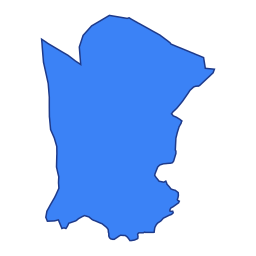 Bilqas, Ad Daqahliyah, Egypt
{"feature_id": "37247803B88078543557483", "entity_name": "Bilqas", "entity_type": "district", "adm_level": 2, "iso_a3": "EGY", "parent_name": "Egypt", "parent_adm1": "Ad Daqahliyah", "projection": "robinson", "projection_center": [31.411, 31.344], "detail": "fine", "context": "isolated", "style": "filled", "palette": "blue", "viewbox_px": 256, "rotation_deg": 0, "n_neighbors": 0, "source": "geoboundaries", "source_scale": "gbopen_adm2", "svg_char_len": 2755}
<svg xmlns="http://www.w3.org/2000/svg" viewBox="0 0 256 256"><path d="M129.1,17.8L127.3,18.4L127.2,18.4L109.4,15.4L91.6,25.9L83.1,35.4L79.3,47.0L80.7,64.5L75.4,61.0L68.0,55.3L62.3,52.0L51.9,45.8L47.8,43.4L45.9,42.0L41.6,39.2L42.0,43.3L42.3,47.9L43.5,62.4L43.6,62.7L46.4,75.3L48.2,83.5L49.3,97.2L49.3,97.8L49.3,106.7L49.4,116.7L49.6,118.5L50.6,129.6L54.3,138.0L56.8,146.6L56.8,147.4L56.9,154.0L56.8,155.5L56.5,167.0L58.0,173.6L58.8,176.9L58.6,180.0L58.5,183.1L58.6,183.9L58.9,188.2L55.8,195.1L54.4,197.9L53.0,200.3L50.5,204.6L49.2,207.0L46.9,211.2L45.8,217.3L47.4,221.2L54.3,220.9L54.5,220.8L55.7,220.6L58.1,219.9L58.4,219.9L61.9,228.5L63.2,228.0L64.5,228.0L65.9,228.5L66.3,228.0L67.5,226.0L68.8,223.2L70.4,222.7L75.6,220.9L76.5,220.4L77.3,219.7L78.6,218.6L81.5,217.0L82.0,216.7L84.5,215.6L88.9,216.9L91.9,219.4L93.5,220.3L94.6,220.6L101.4,223.5L101.9,223.6L106.6,227.4L108.2,229.5L108.4,232.3L108.8,233.5L108.8,236.0L109.5,237.7L110.6,238.8L112.4,239.3L114.3,239.3L115.3,238.6L116.1,238.1L117.0,237.5L119.0,236.1L120.6,235.2L121.5,235.3L122.6,235.4L125.3,235.5L127.4,237.1L129.2,239.5L129.9,240.6L131.2,240.6L134.6,240.0L135.9,239.4L137.3,238.8L137.8,238.4L138.0,236.5L137.6,234.2L138.5,233.0L139.4,232.8L140.0,232.8L141.6,232.8L143.2,232.8L144.8,232.1L145.3,232.4L153.4,232.4L154.2,232.2L154.3,230.8L154.8,227.6L156.1,225.0L157.5,223.2L160.9,220.9L163.4,218.1L163.9,217.9L168.3,215.7L169.5,215.1L170.9,214.7L172.0,214.0L173.2,212.8L172.7,211.2L170.9,211.4L169.8,210.9L170.0,209.5L170.9,207.9L173.0,206.8L178.6,202.8L179.1,201.6L179.3,201.2L177.7,200.3L177.3,199.6L178.0,197.5L178.4,195.4L178.2,192.6L175.1,190.2L174.7,190.2L172.3,189.5L172.1,189.4L171.0,189.0L169.4,186.9L166.9,184.1L166.7,183.2L165.8,181.1L163.8,182.2L160.6,181.5L159.2,181.3L156.1,177.5L154.7,175.4L154.8,174.9L155.0,173.8L157.7,167.0L159.0,165.7L159.8,165.0L163.4,163.8L165.9,163.6L167.7,163.4L170.6,163.2L172.4,162.7L173.6,161.1L175.9,153.5L175.9,151.1L175.5,150.3L175.3,150.0L175.9,138.1L176.5,135.8L177.3,132.5L179.1,126.7L181.2,123.0L181.3,122.3L181.6,121.3L181.9,121.0L179.8,119.3L176.4,117.2L173.1,115.8L172.9,115.4L171.5,113.8L171.8,113.5L172.8,112.0L175.9,109.1L176.9,108.1L181.2,102.9L182.6,101.1L184.9,97.8L188.1,93.2L189.8,90.6L190.0,90.3L193.6,87.0L195.5,86.3L197.2,86.1L198.5,86.1L199.7,85.4L206.7,78.8L213.1,72.8L213.6,71.4L214.1,70.0L214.4,69.2L205.3,68.3L203.6,57.6L198.4,55.4L197.6,55.1L195.6,54.3L193.1,53.2L191.5,52.6L188.2,51.2L183.6,49.3L180.2,47.9L178.4,47.2L176.2,46.3L173.4,45.1L171.0,44.1L169.8,42.5L169.0,42.0L168.3,41.4L167.0,40.4L165.1,39.0L164.2,38.3L162.6,37.1L161.5,36.3L159.8,35.0L159.0,34.6L157.1,33.5L152.5,31.0L149.0,29.0L144.3,26.4L140.7,24.4L138.9,23.4L138.6,23.3L131.0,19.0L129.1,17.8Z" fill="#3b82f6" stroke="#1e3a8a" stroke-width="1.5"/></svg>